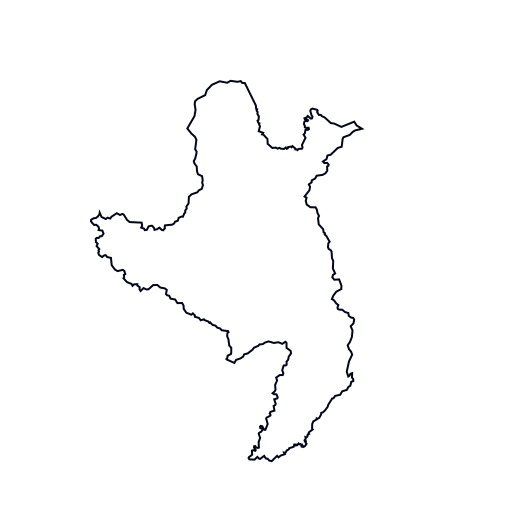 Tocache, San Martín, Peru (Mercator projection), rotated 37°
{"feature_id": "86281439B42687599219853", "entity_name": "Tocache", "entity_type": "district", "adm_level": 2, "iso_a3": "PER", "parent_name": "Peru", "parent_adm1": "San Martín", "projection": "mercator", "projection_center": [-76.612, -8.241], "detail": "fine", "context": "isolated", "style": "outline", "palette": "ink", "viewbox_px": 512, "rotation_deg": 37, "n_neighbors": 0, "source": "geoboundaries", "source_scale": "gbopen_adm2", "svg_char_len": 6159}
<svg xmlns="http://www.w3.org/2000/svg" viewBox="0 0 512 512"><g transform="rotate(37 256 256)"><path d="M264.1,90.6L257.8,91.2L253.6,89.6L246.5,101.5L238.7,103.2L235.8,104.8L227.3,104.0L224.7,104.7L222.9,104.3L221.3,105.5L218.1,104.2L217.9,103.0L217.0,102.4L212.4,104.3L211.6,106.0L212.1,107.5L215.8,110.3L217.3,110.7L217.9,112.4L217.1,113.3L213.1,113.0L212.9,115.4L211.8,116.8L212.5,117.3L214.0,116.3L215.9,116.2L216.0,117.3L214.0,118.6L213.8,119.6L214.9,121.8L216.6,122.6L217.5,123.8L218.9,123.5L220.8,121.9L221.9,122.7L221.5,124.1L219.6,125.5L221.2,128.7L220.9,130.4L224.4,131.8L225.9,139.7L227.7,141.2L228.2,142.5L225.8,144.7L225.3,146.5L224.6,146.2L223.3,147.2L222.6,146.5L219.0,146.3L219.0,147.7L218.1,147.6L216.1,149.7L216.6,150.9L216.0,151.9L214.5,151.4L213.9,153.7L211.1,155.4L209.6,155.5L208.7,157.2L206.5,157.6L204.0,159.9L197.8,159.4L194.8,155.7L188.9,154.6L187.7,155.2L187.6,153.3L183.1,154.7L181.1,150.0L179.2,149.0L178.9,148.0L177.7,148.2L175.8,147.0L176.1,145.8L174.3,142.8L171.5,141.6L170.7,140.1L169.0,139.5L168.6,138.1L167.6,138.4L165.2,135.8L143.0,124.6L140.7,126.1L138.6,125.5L136.4,128.0L130.3,131.4L128.7,135.0L121.9,138.3L117.8,145.7L116.9,153.1L118.6,158.1L114.8,165.6L114.2,169.0L115.7,171.7L119.8,175.7L122.7,181.3L124.4,195.5L130.8,197.1L135.4,197.5L138.5,199.1L143.2,207.4L145.6,208.3L146.6,209.7L148.8,214.8L149.2,217.7L151.3,219.2L154.8,220.2L158.0,223.9L160.5,225.6L164.9,224.7L167.8,227.5L168.9,229.9L170.9,231.2L172.3,235.0L170.9,237.8L170.8,240.5L167.4,245.5L166.8,249.1L170.5,254.6L170.7,258.5L172.1,259.9L172.1,262.3L173.4,264.0L173.1,265.1L174.0,268.6L172.8,269.3L171.3,272.1L172.3,274.9L170.7,277.3L171.0,279.3L170.3,281.3L164.9,286.3L165.4,287.6L166.6,288.7L166.4,291.3L165.0,291.9L161.8,291.5L160.8,294.3L159.2,296.2L157.8,295.0L154.9,294.4L154.1,294.9L152.4,297.0L153.1,300.9L151.6,302.3L150.1,301.5L147.2,302.4L147.0,300.5L144.6,298.2L134.7,304.9L131.3,304.8L125.4,302.5L124.0,302.8L122.7,305.1L119.1,305.6L116.9,311.7L117.1,313.8L114.4,314.7L113.7,316.9L109.2,317.8L105.1,315.5L105.9,317.0L105.9,319.8L105.2,322.2L103.8,323.3L102.5,326.2L103.3,327.6L105.0,328.1L108.1,328.6L109.6,327.2L112.5,327.4L114.1,328.5L114.7,330.0L118.0,328.2L120.8,329.9L120.9,333.0L119.6,334.1L119.5,336.3L117.9,337.4L117.6,338.6L119.7,341.2L122.2,341.5L122.7,344.0L126.7,344.8L126.8,346.3L128.0,347.1L128.1,348.4L130.0,349.6L133.7,349.5L134.4,346.9L135.4,345.8L137.8,346.4L141.3,344.8L146.3,350.2L151.5,351.7L154.5,351.4L158.0,347.2L159.9,347.2L162.5,349.1L161.8,350.5L163.4,352.2L163.5,353.5L168.7,354.5L173.3,353.2L175.3,354.1L175.6,352.1L178.2,349.9L179.0,351.0L181.9,350.9L183.0,352.7L184.9,353.4L185.5,349.3L188.6,348.7L190.2,347.2L191.4,341.1L194.7,338.5L198.5,338.8L202.8,336.7L205.2,336.8L207.0,340.6L208.6,340.8L210.7,340.0L213.4,341.5L217.5,339.4L221.6,340.9L225.3,338.0L228.0,339.2L230.2,341.8L234.5,343.2L239.7,341.8L240.1,339.8L242.9,340.2L243.7,341.3L247.7,339.8L250.5,340.6L252.5,337.9L253.4,338.2L257.4,337.0L259.0,337.5L259.3,336.6L262.7,337.2L265.5,336.0L268.2,336.5L270.9,335.5L273.4,335.9L278.9,332.8L279.9,333.3L279.5,334.6L281.2,337.4L284.2,339.2L288.5,343.6L291.5,344.2L294.6,348.4L295.0,349.4L293.3,352.7L294.4,354.5L294.4,356.1L295.3,356.2L303.1,354.4L302.6,351.0L305.3,347.0L306.3,344.1L305.7,341.7L308.0,338.8L309.6,333.0L309.6,330.4L311.9,326.4L312.0,324.5L314.4,322.4L315.2,319.8L317.5,316.6L322.6,314.7L325.8,311.4L329.9,310.3L331.1,306.8L332.6,307.0L335.7,311.0L340.7,310.9L342.6,312.7L342.7,316.7L344.1,319.5L344.0,322.1L345.9,324.4L345.5,325.7L344.2,326.4L344.2,327.5L345.8,331.6L348.4,333.1L349.0,335.0L346.6,336.8L345.3,341.0L347.7,342.6L348.9,347.5L352.1,351.1L352.4,353.0L351.8,355.6L353.4,355.6L355.6,354.2L358.2,355.6L358.7,356.9L356.8,359.5L360.6,362.1L361.1,363.3L360.3,365.1L363.8,368.4L361.4,371.7L361.6,373.3L363.3,374.2L363.5,375.0L361.7,378.8L362.0,379.8L366.4,383.1L368.1,389.2L367.1,389.8L363.4,388.2L362.0,388.9L361.9,389.9L363.0,390.8L364.9,390.1L365.8,390.5L365.9,393.2L364.9,395.3L365.1,396.3L368.8,398.8L370.0,402.9L373.6,407.3L372.7,408.4L371.3,408.8L369.7,408.3L369.0,409.0L369.7,410.2L372.6,411.2L372.6,412.1L370.7,412.7L369.9,413.9L372.5,417.0L371.4,421.0L371.7,421.9L373.1,422.4L377.4,419.5L378.0,415.6L380.3,416.0L381.4,415.6L382.8,410.7L385.7,411.8L387.4,410.9L389.7,411.4L392.0,410.4L393.1,402.9L395.1,403.3L395.9,400.4L398.3,396.9L396.6,396.1L397.9,395.3L397.6,392.8L398.5,390.8L398.2,389.5L400.9,385.7L400.0,383.5L402.1,382.1L402.2,382.9L402.7,382.4L402.8,380.1L403.9,380.4L404.6,379.4L405.6,379.7L406.0,379.2L407.1,380.8L407.8,380.5L407.7,379.4L409.0,379.7L409.5,378.3L409.4,375.6L408.2,375.3L407.4,374.0L406.6,374.7L405.7,374.0L405.7,372.1L404.5,370.9L405.3,370.7L405.7,369.2L404.8,368.0L405.5,366.2L404.6,366.0L404.4,364.6L405.7,360.4L404.7,360.1L402.0,356.4L401.3,353.7L402.7,350.3L402.2,349.3L403.0,349.3L403.9,347.1L403.4,343.5L402.5,342.0L403.4,340.9L404.0,338.4L404.0,333.4L403.2,331.2L402.6,323.9L403.5,323.0L403.4,320.1L406.7,316.2L406.3,312.1L409.1,308.3L408.6,305.0L409.4,302.8L407.8,299.1L409.0,297.4L407.7,295.8L405.8,295.3L403.3,291.7L402.3,293.3L402.7,295.3L402.2,296.7L398.1,293.8L393.7,284.2L392.2,276.9L389.5,275.2L386.5,274.5L383.0,272.2L382.7,267.9L381.3,262.9L377.9,257.4L373.9,255.1L374.4,251.2L372.7,247.7L370.9,246.9L369.1,247.9L366.1,248.0L364.1,246.0L360.7,247.2L357.3,247.0L354.6,248.8L353.1,249.0L352.0,248.0L351.3,245.6L348.7,245.6L344.7,244.4L342.5,244.7L341.6,241.0L341.6,236.2L344.0,231.0L342.0,228.2L336.5,224.7L332.8,227.8L329.7,227.1L328.9,224.7L329.7,222.3L324.9,219.7L320.7,213.5L318.0,212.0L313.7,207.0L312.1,206.4L309.8,206.6L308.2,205.7L306.1,202.3L306.2,200.3L300.0,197.6L298.0,197.5L297.3,196.3L295.8,196.4L293.5,194.2L287.1,193.0L282.8,188.5L282.2,186.1L279.0,184.5L276.6,182.3L274.3,181.3L270.1,184.3L265.5,184.4L262.5,181.9L261.3,179.0L259.0,179.3L259.1,171.3L257.5,168.2L255.1,167.0L256.1,163.7L255.0,162.1L256.6,158.6L256.1,155.4L260.4,151.1L261.7,148.1L261.6,145.0L258.9,141.7L259.5,140.3L259.0,139.3L256.8,138.8L254.7,140.6L252.6,140.3L254.0,136.2L252.6,132.7L254.7,130.2L256.3,120.4L258.7,117.2L254.7,110.3L254.4,108.5L258.0,102.9L258.6,98.5L259.7,95.9L264.1,90.6Z" fill="none" stroke="#020617" stroke-width="2"/></g></svg>